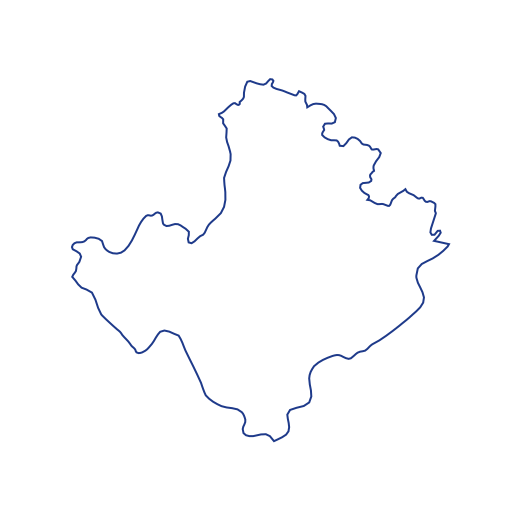 map outline of Guanajuato (Natural Earth projection), rotated 203°
{"feature_id": "MEX-2728", "entity_name": "Guanajuato", "entity_type": "State", "adm_level": 1, "iso_a3": "MEX", "parent_name": "Mexico", "parent_adm1": "", "projection": "natural_earth1", "projection_center": [-100.934, 20.889], "detail": "fine", "context": "isolated", "style": "outline", "palette": "blue", "viewbox_px": 512, "rotation_deg": 203, "n_neighbors": 0, "source": "natural_earth", "source_scale": "10m", "svg_char_len": 5712}
<svg xmlns="http://www.w3.org/2000/svg" viewBox="0 0 512 512"><g transform="rotate(203 256 256)"><path d="M417.0,165.0L416.9,167.4L416.3,169.6L415.9,171.7L416.4,174.0L417.2,176.4L417.2,178.0L416.8,179.4L416.3,181.6L416.7,187.0L419.2,189.4L423.0,190.2L427.3,190.6L428.9,192.3L429.0,194.6L428.1,196.8L426.4,198.5L424.6,199.3L422.8,200.1L421.2,201.0L419.8,202.3L418.8,204.1L418.3,205.7L417.4,207.1L415.5,208.5L411.8,209.8L407.5,210.4L403.6,209.6L400.9,206.5L399.2,204.7L397.1,203.5L394.9,202.8L392.6,202.4L388.8,202.6L384.9,203.9L381.6,206.3L379.2,209.8L377.3,215.5L376.3,221.8L375.9,228.1L375.7,234.3L375.6,238.3L375.1,242.4L374.2,246.4L372.8,250.0L371.5,251.3L370.2,251.7L368.9,251.9L367.6,252.5L366.5,253.8L365.7,255.4L364.8,256.8L363.4,257.8L360.3,257.8L358.1,255.7L356.3,252.7L354.5,249.9L354.1,249.5L353.7,249.2L353.3,249.0L352.9,248.8L350.1,248.6L347.6,250.0L345.3,252.0L343.0,253.8L340.2,254.8L337.4,254.7L334.5,254.1L331.5,253.6L327.3,252.1L326.0,248.9L325.4,245.2L323.3,242.2L320.3,242.6L318.3,245.5L316.7,249.3L315.1,252.5L313.0,254.9L312.3,257.4L312.2,260.3L312.1,263.6L311.6,266.5L310.6,269.2L309.4,271.8L308.1,274.4L305.1,281.7L304.6,288.7L306.1,295.7L309.2,302.8L310.9,305.9L312.7,309.0L314.3,312.1L315.9,315.4L316.4,321.7L316.3,327.9L316.8,333.9L319.1,339.7L319.6,340.5L320.2,341.3L320.7,342.1L321.3,342.8L324.1,346.3L327.2,349.7L329.8,353.5L331.3,357.9L332.8,361.9L335.5,363.7L338.1,365.3L339.6,369.0L341.3,369.8L343.0,370.1L344.6,370.6L345.6,372.1L343.3,374.5L342.0,376.5L341.1,378.6L339.9,381.5L339.1,383.2L337.9,385.6L336.5,387.7L335.1,388.5L334.3,388.3L333.1,388.1L331.9,388.0L331.0,388.3L330.4,389.4L330.6,390.2L331.0,390.9L331.2,391.4L330.6,392.5L329.9,394.1L329.3,395.9L329.3,397.7L330.9,401.7L332.2,407.7L332.1,413.0L329.7,414.8L326.3,415.0L322.8,415.2L319.4,415.7L316.1,416.6L314.1,418.7L313.1,421.8L312.1,424.3L309.9,424.9L308.4,424.0L308.3,422.4L308.6,420.5L308.0,418.6L305.8,417.8L302.4,417.8L298.8,418.3L296.4,418.6L293.9,418.7L291.3,418.7L288.8,418.8L286.2,418.9L283.3,419.0L281.8,419.5L281.2,421.1L280.8,424.5L277.4,424.4L274.8,424.1L273.0,422.7L271.8,419.3L270.9,417.4L269.5,416.2L268.1,415.0L266.9,412.9L264.7,416.0L262.7,418.2L260.3,419.7L257.0,420.8L254.6,421.5L252.2,421.7L249.8,421.3L247.4,420.3L243.9,418.9L239.7,417.1L236.4,414.2L235.7,410.0L238.0,407.5L241.4,406.2L244.2,404.7L244.7,401.3L244.1,400.7L243.5,400.0L242.9,399.3L242.5,398.6L242.8,397.1L243.0,395.7L242.9,394.4L242.3,393.2L239.2,392.0L235.6,391.6L232.0,391.9L228.9,393.2L226.9,393.9L225.1,393.3L223.4,391.9L222.0,390.2L218.5,391.3L217.0,395.1L216.0,399.6L214.1,402.7L211.3,403.6L208.2,403.5L205.1,402.5L202.6,400.9L200.7,400.6L198.9,401.1L197.2,401.6L195.2,401.7L194.0,401.3L192.8,400.5L191.8,399.7L191.0,399.3L189.6,399.8L188.2,400.7L186.8,401.6L185.2,401.9L181.4,399.5L181.2,395.2L182.5,390.1L183.0,385.4L182.8,384.3L182.4,383.2L181.9,382.2L181.2,381.4L180.6,380.5L180.9,379.9L181.4,379.3L181.7,378.5L181.9,377.5L182.3,376.6L182.6,375.6L182.4,374.4L181.6,373.1L180.6,372.4L179.7,371.7L179.3,370.1L180.9,367.7L183.6,366.2L186.2,364.8L187.6,362.4L186.8,359.4L184.1,357.5L180.9,356.4L178.2,356.1L176.4,356.0L175.3,355.1L174.8,353.4L175.4,351.2L172.6,351.9L167.5,351.2L164.5,351.2L163.2,351.7L160.3,353.2L159.0,353.5L154.2,353.7L153.1,354.1L152.5,355.5L152.5,357.2L152.6,359.0L152.6,360.6L152.1,362.2L150.8,364.5L150.6,365.9L149.7,368.5L145.8,373.6L144.6,375.9L142.3,374.1L139.7,373.6L134.7,373.6L130.6,372.5L129.2,372.3L128.0,372.7L126.6,374.3L125.2,374.7L124.5,374.3L122.2,372.7L120.8,372.3L119.4,372.7L117.7,374.3L116.3,374.7L112.8,374.5L111.1,373.8L110.2,371.7L109.0,367.6L108.4,366.8L107.7,366.3L107.1,365.4L105.7,349.7L104.7,345.9L102.5,344.2L100.0,345.3L98.6,350.1L96.5,351.2L95.1,349.6L95.7,346.0L98.0,339.5L83.0,342.3L83.3,339.6L85.7,333.8L88.6,328.3L92.4,322.8L96.5,318.1L100.3,313.4L102.2,307.8L100.8,300.8L100.6,300.3L100.4,299.7L100.1,299.2L99.9,298.7L96.5,294.6L92.5,291.2L88.6,287.7L85.2,283.5L83.9,278.4L84.8,272.9L86.9,267.6L89.2,262.8L89.6,261.8L90.1,260.9L90.5,259.9L91.0,258.9L92.4,256.1L93.9,253.3L95.4,250.5L96.9,247.6L100.9,240.4L105.1,233.3L109.5,226.5L114.5,220.1L115.3,218.7L116.0,217.2L116.6,215.6L117.2,214.0L118.6,211.5L120.6,210.0L122.8,208.6L124.7,206.7L125.8,204.8L126.7,202.8L127.7,200.8L128.7,198.9L130.6,197.5L133.4,197.1L136.4,197.2L138.7,197.4L140.8,197.2L142.8,196.5L144.7,195.3L146.5,193.9L150.4,190.2L153.8,186.5L156.9,182.3L159.5,177.3L160.1,174.0L160.4,170.7L160.1,167.3L159.2,164.1L156.3,158.8L152.9,153.7L150.2,148.3L149.8,142.0L153.4,136.6L159.4,132.1L164.5,127.6L165.2,122.2L163.1,118.6L160.7,115.1L158.6,111.4L157.6,107.3L158.5,103.3L161.2,99.3L164.4,95.6L167.1,92.6L172.8,95.6L177.3,95.8L181.7,93.7L186.9,90.0L187.2,89.8L187.5,89.6L187.9,89.3L188.2,89.1L191.7,87.6L195.2,87.1L198.3,88.1L200.6,91.5L201.0,93.9L200.9,96.4L201.0,98.9L201.9,101.2L203.2,102.8L204.7,104.4L206.4,105.8L208.1,106.7L213.1,107.6L218.5,106.6L223.9,105.1L229.1,104.3L233.7,104.5L238.6,105.1L243.4,106.3L247.8,108.1L250.2,110.3L252.5,112.7L254.8,115.2L257.0,117.7L263.7,123.8L270.4,129.7L277.3,135.6L284.1,141.5L287.0,144.4L289.9,147.4L293.0,150.2L296.1,152.5L300.9,152.4L306.3,152.5L311.2,151.6L314.6,148.8L315.6,145.6L316.3,141.8L316.8,137.8L317.5,134.3L318.2,132.1L318.9,129.9L319.7,127.7L320.8,125.7L321.9,124.3L323.2,122.7L324.7,121.5L326.2,120.7L328.3,120.6L329.4,121.3L330.2,122.3L331.3,123.1L333.0,123.8L334.4,124.2L335.8,124.8L337.5,125.9L340.1,127.4L342.8,128.6L345.6,129.8L348.3,131.1L349.9,132.2L351.6,133.1L353.4,133.7L355.2,134.2L360.0,135.8L364.8,137.5L369.5,139.2L374.3,141.1L374.7,141.3L375.0,141.4L375.3,141.6L375.7,141.8L381.1,146.6L386.7,153.0L392.7,158.2L398.9,158.9L404.2,158.7L408.6,160.4L412.6,162.8L417.0,165.0Z" fill="none" stroke="#1e3a8a" stroke-width="2"/></g></svg>